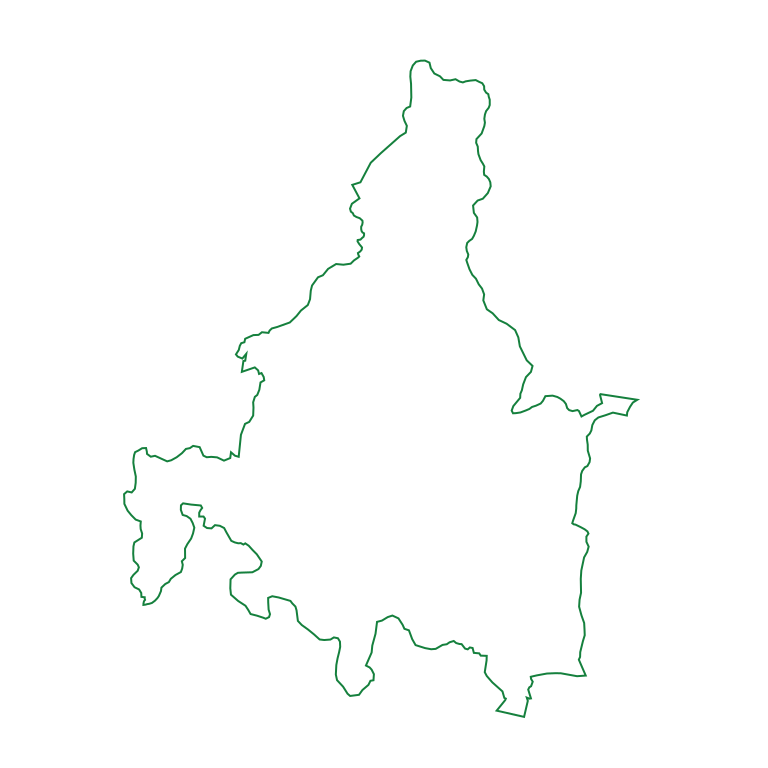 Miahuatlán, Veracruz, Mexico, rotated 3°
{"feature_id": "50627088B71678919151694", "entity_name": "Miahuatlán", "entity_type": "district", "adm_level": 2, "iso_a3": "MEX", "parent_name": "Mexico", "parent_adm1": "Veracruz", "projection": "orthographic", "projection_center": [-96.884, 19.731], "detail": "fine", "context": "isolated", "style": "outline", "palette": "green", "viewbox_px": 768, "rotation_deg": 3, "n_neighbors": 0, "source": "geoboundaries", "source_scale": "gbopen_adm2", "svg_char_len": 6135}
<svg xmlns="http://www.w3.org/2000/svg" viewBox="0 0 768 768"><g transform="rotate(3 384 384)"><path d="M590.8,559.9L592.9,546.7L595.7,541.1L596.9,535.7L594.4,531.0L594.1,525.8L596.0,522.7L594.9,520.6L592.0,518.6L587.8,516.6L582.6,514.4L580.8,514.2L579.3,513.2L579.9,510.7L582.2,503.0L582.5,498.4L582.4,495.0L582.8,485.4L583.6,480.8L585.2,476.5L585.6,470.9L585.5,463.9L586.5,460.4L588.9,456.7L591.4,455.3L593.4,451.2L593.7,447.5L591.0,439.9L590.6,433.9L589.6,428.9L589.3,425.9L592.1,422.7L593.5,419.5L594.2,414.1L596.4,409.2L599.8,406.2L606.8,403.6L614.1,400.6L628.2,402.8L628.4,399.4L630.9,393.9L633.5,389.5L637.8,386.5L600.7,382.8L600.3,383.6L602.8,391.7L597.8,394.7L594.1,399.8L585.8,404.3L582.9,406.1L580.1,400.8L578.5,399.9L573.7,401.2L570.3,400.4L568.2,398.5L566.7,394.4L564.4,391.7L560.9,389.4L557.8,387.9L553.0,386.8L545.8,387.7L543.6,392.5L541.5,395.3L536.9,397.7L533.0,399.2L530.5,401.3L526.8,403.1L521.7,405.3L517.2,406.2L514.4,406.5L512.9,403.9L514.3,399.3L520.7,390.7L520.7,386.6L522.0,383.1L523.0,377.1L525.4,369.7L530.1,364.2L531.4,358.2L525.3,352.9L517.7,339.3L515.7,330.4L512.1,323.3L503.3,317.4L495.3,314.1L488.8,307.7L482.8,304.0L478.8,295.3L479.3,289.3L476.9,283.6L473.4,279.5L470.3,274.0L466.5,270.4L463.4,265.0L460.8,258.7L459.7,255.8L461.1,253.0L461.4,250.3L459.7,246.7L459.0,243.1L459.7,238.8L461.7,236.6L464.4,234.5L466.0,231.3L467.6,226.8L468.6,220.8L468.9,217.3L468.3,212.8L464.8,208.4L463.6,201.1L467.9,195.9L473.0,193.8L477.7,187.9L480.2,181.0L479.6,177.0L478.0,173.8L475.8,171.5L473.1,169.9L472.6,166.7L472.8,161.5L471.2,158.8L468.8,155.4L466.3,149.6L465.7,146.5L465.2,142.0L463.4,138.3L463.5,134.6L468.4,128.7L470.7,121.1L471.1,117.7L470.3,113.9L470.7,109.6L471.7,106.1L474.1,102.7L475.0,99.9L474.7,94.5L473.6,91.7L473.0,89.1L470.7,87.7L468.7,84.8L468.4,81.4L466.4,78.5L463.0,77.2L459.7,75.7L454.3,76.5L449.7,77.5L447.0,78.7L443.6,78.0L439.5,75.9L434.1,77.4L427.4,77.2L423.8,73.8L418.0,71.3L414.2,66.1L412.6,60.7L408.0,58.9L403.8,59.2L399.2,60.5L396.1,64.4L394.2,70.2L394.2,75.7L395.3,82.8L396.3,96.5L395.6,105.5L392.1,107.2L389.5,110.5L388.9,115.2L390.7,120.2L393.3,125.0L392.6,131.8L387.1,135.6L368.8,153.6L359.2,163.7L349.9,183.8L341.9,186.8L349.8,199.9L342.5,205.7L340.9,210.7L341.9,213.6L343.9,215.0L345.1,217.3L347.8,218.7L351.1,219.7L353.9,222.0L354.2,223.8L353.9,226.1L353.0,228.1L353.1,230.5L353.6,232.4L354.6,233.8L356.2,234.6L356.3,236.4L355.9,238.0L354.4,239.4L353.0,241.0L350.2,241.6L350.1,242.9L351.9,245.5L354.9,248.8L354.7,251.0L353.3,252.9L351.1,254.6L351.5,256.0L352.6,258.0L351.3,259.3L347.6,262.1L344.4,265.6L337.2,267.0L329.9,266.7L322.2,271.9L317.3,278.6L312.5,280.9L307.0,289.4L306.0,294.6L305.7,303.2L303.8,309.1L297.2,315.0L293.1,320.7L286.7,327.5L274.2,332.7L269.1,334.4L267.0,336.6L266.0,339.0L259.4,338.7L256.2,341.5L251.0,342.0L243.0,346.1L242.4,349.6L239.3,350.7L238.0,353.5L237.2,357.6L234.6,362.2L236.5,364.3L241.2,366.0L244.9,361.0L244.2,368.0L242.4,368.4L241.4,379.3L254.1,374.2L257.6,377.0L258.7,380.5L261.1,379.5L263.5,383.3L264.2,386.6L260.6,388.9L259.8,396.3L258.0,401.6L255.7,403.6L254.3,409.1L254.9,414.4L255.0,422.4L251.4,428.9L247.3,431.1L243.8,442.2L242.7,464.3L238.9,463.4L234.8,460.2L234.3,466.0L228.2,468.9L221.2,466.0L215.4,465.8L210.8,466.4L207.4,465.0L203.2,456.7L196.6,455.8L193.5,458.2L189.6,459.2L185.9,463.6L180.8,468.0L175.5,471.3L171.5,472.6L159.1,467.7L154.9,468.8L151.0,466.2L150.7,463.9L149.7,460.4L145.8,460.8L142.2,463.3L139.0,465.1L138.2,467.9L137.8,472.0L137.8,475.8L139.2,482.6L141.0,489.4L141.2,495.7L140.7,501.7L137.7,505.5L133.2,504.7L130.2,507.6L130.7,512.6L131.0,517.3L134.6,523.9L138.5,528.2L143.1,532.4L148.3,534.0L148.2,538.1L148.6,541.6L150.3,546.0L150.2,550.2L143.0,555.3L142.3,559.2L142.4,566.5L143.3,573.5L147.5,577.3L148.8,579.9L147.8,583.4L143.8,587.7L141.6,591.1L142.2,596.0L145.5,600.0L150.2,602.0L152.5,605.4L152.9,609.3L156.2,609.5L156.2,610.7L156.7,612.1L155.9,613.1L155.6,613.8L155.3,615.7L155.3,617.2L157.4,616.8L159.1,616.2L161.0,615.8L163.7,614.8L166.6,612.4L168.9,609.7L170.2,607.6L172.1,602.5L172.4,599.0L176.0,595.2L179.5,593.1L181.3,589.7L185.7,585.7L191.0,582.4L192.1,578.9L192.5,575.1L191.4,571.6L194.5,568.2L193.9,558.8L196.0,554.2L199.5,548.4L201.1,543.3L202.1,537.4L200.2,532.8L197.8,528.7L193.8,526.2L189.8,525.3L187.7,520.3L187.6,515.8L189.6,513.7L197.6,514.5L207.4,514.9L208.9,517.3L207.3,519.7L206.2,522.2L206.4,526.0L210.7,525.8L212.3,527.8L211.3,535.0L214.8,537.1L219.3,537.2L222.6,533.8L227.5,534.2L231.9,536.2L234.4,540.4L239.7,548.6L243.2,550.0L246.8,550.7L249.3,550.4L252.0,551.7L253.8,550.4L257.4,552.6L261.5,556.7L265.9,560.7L271.2,567.7L270.5,572.1L268.3,575.4L262.4,578.9L251.6,579.8L248.0,580.2L245.1,582.1L241.0,587.1L241.2,596.1L242.2,602.4L249.7,608.3L257.3,612.7L260.3,616.8L262.8,620.7L269.3,622.0L275.6,623.7L278.2,624.6L281.4,622.8L282.2,619.8L280.6,615.4L279.8,608.2L279.5,603.7L283.5,601.8L290.0,602.7L301.9,605.5L303.9,607.9L307.2,610.9L308.5,614.6L310.4,625.1L314.5,629.0L320.9,633.1L327.2,637.7L333.1,642.5L337.7,642.8L343.9,642.0L347.2,639.7L351.3,640.3L353.5,643.6L354.0,648.8L353.2,654.2L352.0,660.3L351.1,667.1L351.1,676.6L352.6,682.2L359.0,688.4L363.8,695.2L366.5,697.3L375.3,695.7L378.5,690.7L384.2,685.3L386.0,681.1L389.0,680.4L389.1,674.3L386.6,669.9L384.5,667.8L380.7,666.1L385.7,652.8L386.0,645.8L388.6,633.9L389.5,621.9L394.3,620.4L399.9,616.6L404.5,614.8L410.7,617.3L415.2,623.5L417.2,627.4L421.8,628.7L425.5,637.3L429.2,643.1L438.9,645.6L445.0,646.4L449.5,645.8L456.1,641.5L460.3,640.6L463.0,638.5L467.1,637.0L469.6,638.9L473.0,639.7L475.1,639.7L478.8,644.0L481.5,644.6L483.5,642.6L486.3,643.0L487.8,647.8L493.2,648.0L494.8,650.2L500.8,650.1L500.9,654.7L499.7,666.5L501.9,670.2L507.8,676.3L518.4,684.8L520.6,691.2L522.1,691.8L521.6,693.3L513.6,704.3L541.3,709.1L544.2,692.9L543.0,689.7L545.7,690.6L547.2,690.3L544.0,681.6L545.0,679.3L546.7,678.1L548.1,673.5L546.3,670.8L545.9,668.7L551.8,667.0L561.9,664.6L569.5,663.9L575.5,663.6L592.1,665.7L600.7,664.6L593.0,649.1L594.1,646.3L594.0,641.5L596.1,630.4L597.6,624.4L597.1,618.8L596.4,612.2L593.3,604.7L590.5,596.2L590.6,589.1L591.7,582.2L590.7,568.3L590.8,559.9Z" fill="none" stroke="#15803d" stroke-width="2"/></g></svg>